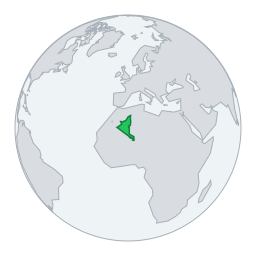 Adrar on an orthographic globe
{"feature_id": "DZA-2143", "entity_name": "Adrar", "entity_type": "Province", "adm_level": 1, "iso_a3": "DZA", "parent_name": "Algeria", "parent_adm1": "", "projection": "orthographic", "projection_center": [0.561, 25.317], "detail": "fine", "context": "on_globe", "style": "filled", "palette": "green", "viewbox_px": 256, "rotation_deg": 0, "n_neighbors": 0, "source": "natural_earth", "source_scale": "10m", "svg_char_len": 10293}
<svg xmlns="http://www.w3.org/2000/svg" viewBox="0 0 256 256"><circle cx="128" cy="128" r="113" fill="#eef3f6" stroke="#a8b0b8"/><path d="M77.6,27.3L85.7,23.7L98.7,19.2L98.8,19.2L112.5,16.4L112.1,16.5L112.6,16.4L115.9,16.0L118.9,15.8L114.1,16.3L118.9,16.0L114.0,17.3L100.4,20.3L98.6,22.0L87.1,27.8L89.2,27.5L86.1,30.0L87.3,30.7L84.8,31.9L87.9,31.5L89.9,30.3L92.0,29.7L92.9,30.1L89.9,31.6L89.0,31.6L88.6,32.3L86.7,32.9L88.1,32.8L84.4,34.8L89.3,33.5L87.4,35.7L84.6,36.8L83.3,35.8L73.4,37.1L70.1,38.5L66.9,41.2L64.1,47.9L61.2,50.1L58.4,53.6L60.7,52.7L63.8,49.6L67.5,49.0L70.7,45.6L72.7,45.0L76.7,42.2L77.8,43.7L76.7,46.8L73.5,49.3L72.9,50.9L77.4,49.5L72.7,55.6L71.9,62.4L70.5,64.0L65.2,64.8L61.7,61.8L54.8,64.1L61.0,63.9L57.4,68.5L57.5,70.0L58.7,70.6L60.8,69.4L59.9,71.4L53.5,72.1L54.2,70.3L56.2,70.0L54.5,68.7L50.1,69.8L48.6,72.3L43.6,72.2L42.5,74.1L40.8,75.4L42.9,72.2L39.0,78.1L32.9,80.7L27.4,91.5L30.9,81.4L31.0,78.7L30.6,76.7L29.6,78.4L30.5,74.3L28.9,75.3L25.0,82.6L22.1,90.0L21.5,93.5L22.9,90.9L23.3,92.5L19.7,100.5L19.9,106.1L18.0,113.0L17.6,118.1L18.6,119.1L19.3,123.1L21.0,120.3L23.2,120.4L22.1,126.4L24.2,122.3L24.8,126.5L29.9,131.0L29.2,132.0L33.3,143.0L39.6,150.2L41.1,155.5L40.1,157.7L42.8,159.9L42.8,161.7L54.9,169.7L62.4,176.6L63.1,182.6L58.6,187.3L58.8,199.5L51.8,200.0L52.9,204.3L52.5,208.7L47.9,205.4L52.2,209.9L52.1,210.6L49.9,208.9L52.1,211.2L50.6,209.9L44.0,203.0L37.9,195.6L37.6,195.2L27.9,177.4L25.7,172.6L22.0,164.6L17.1,145.7L17.1,140.8L16.6,137.0L18.2,131.4L18.7,122.6L18.4,120.4L17.5,122.3L17.3,113.6L18.4,106.2L21.1,92.4L23.9,84.9L27.3,77.6L31.1,70.5L35.5,63.7L40.3,57.3L45.6,51.2L51.2,45.6L57.3,40.3L63.7,35.5L70.5,31.1L77.6,27.3ZM50.8,210.1L53.4,212.4L53.5,212.5L50.8,210.1ZM25.6,94.8L26.1,104.6L24.3,102.6L24.9,102.1L25.1,98.8L25.0,94.7L23.8,93.5L25.6,94.8ZM29.3,91.1L29.1,89.9L29.5,90.7L29.3,91.1ZM75.8,41.6L76.2,41.9L75.3,42.3L75.8,41.6ZM77.1,40.2L75.7,40.5L76.1,39.8L77.0,39.7L77.1,40.2ZM78.8,40.2L77.1,38.7L77.9,37.7L81.8,36.4L78.8,40.2ZM122.4,15.5L127.4,15.4L128.5,15.4L128.4,15.7L124.0,15.5L120.4,15.7L122.4,15.5L122.2,15.5L122.4,15.5ZM90.2,29.7L88.1,31.0L89.0,29.6L90.2,29.7ZM90.3,29.0L90.3,26.1L93.9,24.6L93.2,25.8L97.1,23.8L98.9,24.5L97.1,25.7L94.4,26.5L97.1,26.2L90.3,29.0ZM127.5,16.0L128.3,16.2L126.8,16.1L127.5,16.0ZM92.8,29.4L92.5,28.9L95.6,27.5L96.8,28.4L95.4,28.5L92.8,29.4ZM97.3,23.0L99.8,22.3L101.9,22.6L103.2,22.4L99.2,24.4L97.3,23.0ZM95.2,29.0L97.3,28.9L96.7,29.9L93.4,29.9L95.2,29.0ZM95.9,26.8L97.4,26.3L97.0,26.8L95.9,26.8ZM95.6,34.0L95.2,33.1L96.7,32.3L95.6,34.0ZM98.2,28.8L98.4,28.4L99.0,28.1L100.2,28.2L98.2,28.8ZM101.0,24.5L101.3,24.9L102.7,23.7L104.3,24.1L101.4,25.4L103.3,25.0L103.8,25.1L100.9,26.0L101.0,24.5ZM103.2,27.4L100.0,29.4L100.5,31.0L99.1,31.8L98.6,29.1L103.2,27.4ZM102.1,26.5L102.4,27.2L100.5,27.6L99.1,27.4L102.1,26.5ZM106.5,23.9L104.7,23.0L105.4,22.8L106.5,23.9ZM103.7,27.7L104.4,27.2L103.9,27.8L103.7,27.7ZM106.0,24.9L105.3,24.6L106.2,24.3L106.0,24.9ZM106.5,26.6L105.5,27.2L104.5,27.1L106.5,26.6ZM106.6,25.7L107.9,25.5L104.8,26.6L106.2,25.6L106.6,25.7ZM106.9,24.7L107.2,24.5L107.1,24.9L106.9,24.7ZM110.9,27.0L107.2,28.5L105.0,28.1L108.9,26.6L110.9,27.0ZM163.5,21.1L164.0,21.3L165.1,21.6L172.7,24.6L180.2,28.2L187.3,32.2L194.1,36.8L200.6,41.9L206.6,47.4L212.3,53.3L217.5,59.6L222.3,66.3L226.5,73.4L230.2,80.7L233.4,88.3L236.0,96.0L235.0,93.1L236.0,96.9L234.8,93.2L231.9,87.9L232.6,93.5L234.6,108.3L236.9,118.5L236.7,124.6L231.5,113.5L227.8,104.7L226.8,107.2L220.8,102.1L212.9,107.5L211.0,105.6L209.7,107.8L205.3,107.2L202.1,103.9L199.8,105.4L208.2,114.1L210.6,112.6L211.5,107.0L213.4,110.6L217.6,112.1L215.8,124.4L202.8,140.1L200.3,132.8L183.7,115.3L183.5,112.7L183.3,112.5L183.0,112.0L182.9,116.4L179.6,112.8L189.8,125.8L192.1,132.0L202.7,140.7L202.0,142.3L205.0,143.6L213.1,136.7L213.4,139.3L210.4,153.2L198.1,173.8L199.0,183.3L196.9,191.9L187.6,199.9L186.8,205.7L181.8,209.0L180.4,212.3L175.5,216.5L167.8,221.0L156.5,223.1L157.1,220.5L153.4,215.9L148.7,202.5L152.9,195.1L152.4,189.6L144.1,177.6L146.0,170.0L143.5,167.1L138.4,168.3L135.4,164.7L132.2,164.7L111.3,167.8L104.2,162.6L94.0,146.4L97.2,140.2L96.5,132.7L117.7,107.3L123.6,108.7L141.9,104.1L144.5,104.7L143.9,110.8L158.9,116.1L161.9,110.6L173.9,112.1L180.9,110.2L180.6,98.6L169.1,101.6L165.6,96.8L173.5,89.9L183.3,87.7L182.2,85.8L174.7,83.1L175.6,78.8L172.0,81.9L174.5,83.4L172.2,85.6L169.8,84.3L170.3,82.8L166.9,82.7L165.8,90.7L168.2,93.1L160.3,96.3L163.5,100.8L161.9,103.5L155.8,97.0L155.3,94.2L145.1,87.9L144.9,91.0L154.5,97.3L152.1,97.1L151.8,101.9L150.1,98.1L139.7,90.9L131.6,93.6L123.7,105.8L118.6,107.0L113.2,104.9L113.8,93.2L125.3,91.9L125.6,88.2L121.3,83.2L125.2,83.4L124.8,81.3L129.0,80.7L132.9,75.4L136.8,74.5L136.5,68.4L138.5,67.2L138.1,71.1L139.9,73.5L149.4,71.7L150.7,70.1L149.8,66.4L152.5,66.6L150.3,63.3L154.9,60.9L147.5,61.2L146.2,57.4L147.9,54.0L146.1,53.0L143.3,58.5L143.4,60.8L145.6,62.6L144.6,69.4L141.7,71.0L137.7,64.4L133.2,66.1L132.1,60.7L140.4,48.2L144.8,45.4L156.0,48.0L156.1,50.5L152.1,50.6L157.5,53.7L156.2,51.9L158.5,52.2L157.8,49.0L159.4,49.1L156.0,46.1L157.9,45.9L160.0,47.8L160.5,43.5L163.9,42.5L163.2,41.5L161.6,40.7L167.0,40.3L166.2,39.6L164.2,39.4L161.5,38.0L158.8,35.6L160.8,35.5L162.0,36.4L167.7,38.5L170.7,41.1L171.2,40.9L169.1,38.6L162.2,36.1L160.0,34.6L163.3,35.5L161.9,35.0L161.4,34.3L162.8,33.7L159.2,32.7L151.3,26.1L153.2,24.6L157.1,25.8L153.6,22.2L156.1,21.5L154.2,21.3L151.3,19.9L150.5,20.0L149.4,19.8L141.6,17.1L141.3,16.7L135.8,16.0L134.8,15.9L134.7,16.1L128.4,15.7L128.5,15.4L130.4,15.4L138.8,15.9L147.2,17.0L155.4,18.8L163.5,21.1ZM112.2,120.5L112.0,122.8L112.2,120.5ZM195.0,91.1L200.0,89.3L195.4,83.6L197.0,82.6L194.9,81.1L195.1,83.2L189.6,79.2L190.9,76.3L189.1,73.8L187.3,74.3L185.8,80.3L193.7,85.9L193.5,89.1L195.0,91.1ZM30.1,131.0L30.6,132.8L29.6,132.1L30.1,131.0ZM23.2,104.7L23.7,105.8L23.7,107.2L23.1,106.8L23.2,104.7ZM29.2,113.0L30.1,114.6L28.8,114.0L29.2,113.0ZM26.3,106.0L28.4,112.0L25.9,111.4L24.7,107.8L26.0,108.8L26.3,106.0ZM27.5,94.0L27.6,95.1L27.0,96.0L27.5,94.0ZM29.6,91.7L29.7,90.4L29.6,91.7ZM57.8,68.5L58.2,68.5L59.1,69.5L58.0,69.8L57.8,68.5ZM67.4,70.3L65.7,73.6L66.1,71.3L64.2,72.1L62.6,68.6L69.7,64.7L66.8,67.0L67.4,70.3ZM62.5,63.3L62.7,65.7L62.2,63.2L62.5,63.3ZM118.9,71.7L120.9,72.8L120.2,75.2L115.3,77.2L116.2,73.7L118.9,71.7ZM123.9,73.9L121.4,67.3L124.4,66.1L123.1,67.8L125.4,67.7L124.0,70.5L129.3,76.1L129.1,78.7L120.0,80.5L123.1,78.4L121.0,77.3L123.9,73.9ZM109.5,55.4L108.4,53.3L116.3,53.2L116.4,55.3L111.5,57.2L108.4,55.9L109.5,55.4ZM86.1,38.5L85.2,38.2L86.0,37.8L87.5,37.6L86.1,38.5ZM95.3,33.6L91.0,39.4L89.7,39.3L88.8,43.1L85.0,44.5L85.8,41.9L82.2,46.0L81.4,44.2L79.3,47.1L81.4,41.2L80.5,39.9L82.9,40.7L86.4,39.4L87.6,38.5L90.4,35.2L90.2,32.3L93.6,30.8L96.1,30.6L96.6,31.1L94.3,31.8L96.7,31.9L93.7,33.4L95.3,33.6ZM122.8,32.7L119.8,32.6L124.2,34.5L121.2,35.4L121.9,35.5L120.4,36.9L119.7,39.0L118.1,39.3L118.6,40.0L117.6,41.1L117.6,42.2L114.8,43.1L114.6,44.6L113.4,44.2L113.8,46.7L112.2,45.3L110.7,46.7L113.1,47.3L97.7,50.6L92.5,53.6L89.0,57.0L86.7,54.5L88.5,49.9L92.4,45.0L97.8,42.7L95.8,42.1L97.7,40.9L98.5,41.9L98.5,39.7L100.3,39.1L103.8,35.6L102.7,33.3L103.9,32.1L105.3,32.7L105.6,31.2L109.0,31.5L110.0,30.7L114.4,30.4L116.4,32.2L117.4,31.2L120.7,31.1L122.8,32.7ZM112.1,26.9L115.3,28.5L115.2,29.9L107.6,29.9L106.3,30.5L101.4,30.9L101.7,29.0L103.0,29.0L104.4,28.6L103.8,29.4L105.3,28.5L107.2,28.6L108.9,28.0L109.5,28.6L112.1,26.9ZM146.4,102.2L148.2,102.2L150.8,101.5L150.7,104.7L146.4,102.2ZM139.2,97.3L140.7,96.7L141.8,100.5L140.0,100.7L139.2,97.3ZM140.6,93.3L140.7,96.4L139.6,94.8L140.6,93.3ZM139.4,70.5L140.9,69.8L141.4,70.6L141.0,72.0L139.4,70.5ZM135.3,39.4L133.6,38.9L133.8,38.4L131.5,36.4L133.5,35.7L135.7,36.7L135.3,39.4ZM179.2,101.1L177.7,103.7L176.4,103.0L177.2,102.2L179.2,101.1ZM163.9,104.5L167.9,105.2L163.9,105.4L163.9,104.5ZM137.1,38.3L135.9,37.5L137.7,37.7L137.1,38.3ZM134.9,35.1L136.8,35.1L133.5,35.4L134.9,35.1ZM211.2,184.7L202.1,201.0L198.3,202.7L198.8,199.0L203.0,189.8L207.9,185.4L210.7,180.4L211.2,184.7ZM237.2,119.2L238.6,123.9L238.3,125.9L237.2,119.2ZM152.8,33.5L153.8,36.9L155.9,39.4L159.2,40.6L155.0,40.5L151.8,36.7L152.8,33.5ZM151.3,26.9L148.4,26.2L149.3,25.7L150.1,25.8L151.3,26.9ZM149.8,27.0L146.9,27.5L145.1,26.7L147.7,26.4L149.8,27.0ZM142.1,32.4L142.3,33.4L140.9,33.2L142.1,32.4ZM129.2,16.1L128.3,16.2L129.2,16.1ZM149.0,20.0L147.5,19.7L147.6,19.4L149.0,20.0ZM143.3,18.9L144.3,19.4L142.4,18.9L143.3,18.9ZM146.7,20.7L144.3,19.6L147.8,20.7L146.7,20.7Z" fill="#d9dde1" stroke="#a8b0b8" stroke-width="1"/><path d="M118.4,128.4L118.1,128.2L117.8,128.0L117.5,127.8L117.2,127.5L117.0,127.4L121.8,124.2L120.6,121.5L120.9,121.5L121.2,121.6L121.4,121.8L121.8,122.0L122.2,122.1L122.6,121.9L122.8,121.8L123.4,121.4L123.6,121.2L123.8,121.2L125.4,120.9L125.6,120.7L126.7,119.3L127.7,117.4L128.3,116.8L128.5,116.7L128.8,116.4L130.6,115.5L130.5,117.1L130.4,118.6L130.6,120.7L130.7,121.7L130.7,122.1L130.6,122.6L130.4,125.1L130.3,125.3L130.2,125.3L130.1,125.5L129.9,125.5L129.7,125.7L129.6,125.8L129.2,125.8L128.9,125.8L128.7,125.9L128.6,126.0L128.6,126.3L128.9,126.7L129.0,126.8L129.0,127.0L128.9,127.2L129.0,127.2L129.0,127.3L129.3,127.5L129.3,134.0L129.5,134.2L133.5,136.5L133.9,136.8L133.9,137.3L134.0,140.2L133.9,140.2L133.5,140.3L133.3,140.3L133.2,140.4L132.9,140.2L132.7,140.1L132.8,140.0L132.8,139.9L132.9,139.7L133.0,139.7L132.9,139.4L132.9,139.2L132.9,138.8L132.9,138.7L132.7,138.7L132.4,138.5L131.9,138.4L131.6,138.4L131.4,138.3L131.3,138.1L131.2,138.1L131.1,137.9L130.9,137.9L130.8,138.0L130.6,138.0L130.6,137.9L130.5,138.0L130.4,137.9L130.2,137.8L130.0,137.7L130.0,137.4L129.8,137.3L129.8,137.2L129.7,137.2L129.4,137.1L129.2,137.0L129.1,136.9L129.1,136.7L129.1,136.4L128.9,136.1L128.7,136.0L128.5,135.9L128.4,135.8L128.2,135.7L127.9,135.5L127.7,135.4L127.6,135.2L127.4,135.1L127.1,134.9L126.8,134.7L126.6,134.6L126.3,134.3L126.2,134.2L125.9,134.0L125.7,133.9L125.4,133.7L125.2,133.6L125.1,133.4L124.9,133.3L124.8,133.2L124.6,133.1L124.3,132.9L124.1,132.8L124.0,132.6L123.8,132.5L123.7,132.4L123.4,132.2L123.2,132.1L122.9,131.8L122.7,131.7L122.4,131.5L122.3,131.4L122.1,131.3L122.0,131.2L121.8,131.0L121.7,130.9L121.4,130.7L121.2,130.6L121.0,130.4L120.8,130.3L120.7,130.2L120.4,130.0L120.3,129.8L120.1,129.7L119.8,129.5L119.7,129.4L119.4,129.2L119.1,129.0L119.0,128.8L118.8,128.7L118.7,128.6L118.4,128.4Z" fill="#22c55e" stroke="#15803d" stroke-width="1.5"/></svg>